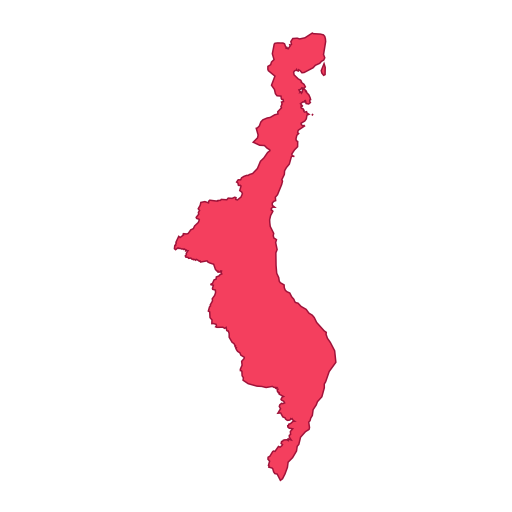 Buleleng, Bali, Indonesia, rotated 91°
{"feature_id": "22746128B19337828575841", "entity_name": "Buleleng", "entity_type": "district", "adm_level": 2, "iso_a3": "IDN", "parent_name": "Indonesia", "parent_adm1": "Bali", "projection": "natural_earth1", "projection_center": [114.942, -8.222], "detail": "fine", "context": "isolated", "style": "filled", "palette": "rose", "viewbox_px": 512, "rotation_deg": 91, "n_neighbors": 0, "source": "geoboundaries", "source_scale": "gbopen_adm2", "svg_char_len": 6075}
<svg xmlns="http://www.w3.org/2000/svg" viewBox="0 0 512 512"><g transform="rotate(91 256 256)"><path d="M380.4,266.8L383.8,261.6L386.1,252.8L386.3,248.0L387.3,243.6L386.1,237.4L387.0,235.8L387.2,232.9L388.1,233.7L388.8,231.7L389.7,232.4L391.0,232.2L392.2,231.3L391.9,231.0L392.4,230.3L393.7,230.4L396.0,226.0L396.6,227.3L398.8,228.5L399.6,228.0L400.7,225.8L402.4,224.8L403.2,226.7L402.8,227.8L404.4,229.6L406.0,230.1L408.3,228.8L412.8,231.4L412.5,228.6L416.4,226.4L417.4,224.0L418.5,223.6L419.8,221.8L419.6,219.9L419.0,218.7L418.0,218.4L418.4,217.6L418.0,217.1L419.7,216.0L420.5,214.6L420.7,216.1L423.0,218.6L423.6,220.3L425.0,220.6L425.1,221.3L426.4,221.2L427.6,219.8L428.1,216.3L430.9,218.6L433.8,218.3L434.8,219.6L436.6,219.5L439.3,217.6L438.6,220.3L437.7,220.9L439.9,220.6L439.2,222.0L439.4,224.5L439.8,225.6L440.9,226.3L441.0,227.2L443.0,227.6L444.1,226.2L445.1,226.7L446.7,228.5L446.0,230.2L451.0,233.6L450.7,235.1L451.3,235.9L455.9,238.6L457.0,240.4L459.0,240.5L460.9,238.8L465.2,239.9L465.7,239.3L466.9,239.5L467.7,236.3L468.5,235.5L471.5,234.6L473.2,233.4L473.7,231.0L479.9,227.7L478.3,225.6L473.4,223.2L466.8,220.9L461.6,220.3L457.0,215.9L450.3,212.1L445.6,211.5L443.6,209.9L436.4,208.3L430.8,203.5L428.4,199.9L426.6,199.5L421.2,200.4L419.7,199.1L417.0,198.4L414.5,196.9L408.6,196.2L403.9,193.2L400.6,192.0L395.6,187.7L386.6,185.4L382.8,185.5L380.6,184.2L370.2,180.8L360.9,174.3L349.4,175.7L341.1,180.2L337.1,183.1L333.1,184.6L331.1,184.4L329.7,186.5L321.4,194.2L316.5,196.7L314.2,198.7L312.2,202.1L308.5,204.9L305.6,210.1L302.4,213.2L302.0,215.2L301.1,216.4L298.6,217.4L296.2,219.6L292.4,221.6L291.1,224.6L289.6,226.2L287.1,227.2L284.4,227.4L282.3,231.2L280.8,232.3L277.2,232.9L272.9,235.0L265.0,235.8L252.4,236.2L249.2,235.0L242.2,236.6L239.3,235.8L237.6,238.5L235.4,239.1L233.1,238.7L226.2,242.3L222.5,242.8L219.6,243.0L215.3,242.1L211.0,239.9L210.2,240.4L210.1,241.4L208.5,241.6L206.9,240.3L206.9,238.2L205.1,240.5L202.8,240.7L201.0,239.1L200.3,237.3L196.9,237.7L194.4,235.6L184.1,231.6L180.7,230.8L179.2,231.5L174.0,229.1L170.3,228.9L167.0,227.1L163.5,224.3L156.2,222.4L155.5,221.4L155.9,219.4L154.8,221.6L153.4,222.0L149.3,219.4L146.0,216.3L140.8,216.3L140.0,217.6L138.4,218.1L134.6,217.3L132.8,215.5L132.0,216.5L130.6,216.3L129.5,215.9L125.2,209.8L124.6,210.3L125.1,211.0L124.8,212.0L123.3,213.2L122.4,213.2L120.2,209.6L118.0,208.1L114.2,207.5L113.4,205.5L112.0,207.7L110.8,208.0L111.3,209.7L110.9,210.4L109.9,210.9L109.6,210.5L107.9,211.6L107.6,213.0L106.8,213.6L105.2,213.4L105.6,212.5L105.1,212.2L103.0,214.2L101.0,211.7L101.3,210.6L99.9,210.0L99.7,209.3L102.7,208.6L103.1,206.0L101.6,204.3L100.5,205.0L99.1,205.0L98.7,204.1L96.7,204.7L93.9,206.0L91.6,208.3L90.8,208.4L90.7,209.2L89.9,208.9L88.7,210.3L88.6,212.4L91.1,212.5L92.5,213.4L91.5,214.1L91.7,214.8L90.9,214.3L90.5,215.3L89.1,216.0L88.6,214.3L87.0,213.1L87.4,210.8L86.0,209.6L83.5,211.0L81.5,213.8L80.7,213.6L79.4,214.5L78.2,216.9L74.2,221.1L71.5,221.6L70.0,220.5L69.6,219.0L69.0,218.8L69.8,218.4L70.3,217.0L69.0,216.8L69.9,215.1L72.0,213.3L71.7,211.1L66.8,202.2L64.3,200.0L62.2,195.6L60.3,194.0L58.9,191.7L56.6,190.7L53.4,192.0L40.4,190.1L37.6,190.4L35.2,191.1L33.7,192.5L33.0,195.5L32.7,202.6L32.1,203.6L37.0,210.9L38.2,216.2L37.5,218.6L37.9,223.0L41.0,224.9L43.7,224.2L44.5,225.0L44.3,225.9L45.5,225.5L47.9,227.3L48.9,227.3L47.8,227.7L47.8,229.0L47.3,228.5L46.7,228.9L46.6,229.9L43.3,231.2L42.6,232.7L42.6,238.3L43.0,240.8L43.9,241.5L53.5,243.2L59.3,241.4L61.8,243.9L64.5,244.7L66.2,247.4L69.1,247.4L70.5,246.9L75.8,240.2L85.0,243.5L89.1,240.5L93.4,239.4L95.4,237.8L95.7,233.8L98.1,233.5L98.9,233.0L99.0,231.7L101.1,231.2L101.6,233.2L103.6,232.6L106.2,233.7L107.4,233.1L111.4,236.8L113.6,236.5L114.5,239.8L117.2,244.2L117.8,247.2L119.7,251.5L121.9,253.5L125.9,254.9L127.9,256.8L128.3,258.0L135.0,256.0L137.8,256.5L142.3,260.8L145.2,254.3L145.4,249.5L147.9,246.9L149.6,244.1L150.5,243.9L152.3,246.2L157.8,249.8L161.2,253.2L168.5,256.1L173.6,260.8L174.7,264.1L175.6,265.3L175.5,266.6L176.6,269.5L178.1,271.8L180.1,272.7L180.1,275.1L182.4,276.7L183.4,275.3L185.5,274.9L185.9,274.1L185.5,273.1L186.3,272.2L190.9,273.4L192.3,271.4L194.0,270.7L197.3,272.0L200.3,275.6L199.8,277.3L198.0,277.0L197.6,278.3L198.8,280.9L198.6,284.8L200.3,286.2L200.0,291.7L201.0,292.5L201.1,294.4L201.7,295.1L201.3,295.5L201.8,296.2L201.0,303.2L202.0,304.2L203.7,304.4L202.5,308.1L203.4,312.1L206.3,312.7L209.8,314.6L211.5,313.2L213.4,314.4L215.2,314.0L218.4,316.5L219.5,316.0L220.2,313.7L220.8,313.3L223.5,314.3L227.0,317.9L229.7,319.1L231.0,321.7L234.7,324.2L235.2,326.0L234.9,328.8L235.4,329.3L236.3,328.9L238.8,332.2L237.7,333.6L243.7,336.3L244.4,335.9L246.1,336.8L246.5,336.5L247.1,337.4L250.1,337.7L251.1,336.5L249.2,334.1L249.9,333.1L249.6,332.3L250.4,330.1L250.1,329.2L250.8,328.2L250.3,327.7L251.2,326.2L251.9,326.3L251.4,325.5L252.1,325.1L252.0,324.2L254.7,325.8L255.9,325.6L257.1,326.7L258.3,326.2L258.6,324.0L259.5,323.3L259.2,321.1L260.3,320.0L260.3,318.7L260.8,318.5L260.5,317.6L261.3,316.2L260.4,315.7L260.7,314.8L262.2,312.6L261.9,311.9L263.0,311.3L261.7,304.9L262.8,304.1L263.7,302.3L265.0,298.2L270.2,296.3L271.8,294.7L271.8,293.8L272.8,293.7L272.6,291.3L271.6,291.1L271.6,290.2L273.7,290.5L274.5,289.9L275.6,292.0L276.6,292.7L277.6,295.3L279.8,295.5L280.6,297.5L284.1,299.0L285.0,300.6L285.5,300.5L286.0,298.1L289.1,299.0L290.1,298.7L290.8,296.0L293.5,295.8L296.2,296.7L299.5,299.0L301.7,298.7L305.7,300.9L306.7,300.6L307.7,301.6L311.9,302.7L312.7,301.3L318.4,300.9L320.7,298.9L324.4,299.0L324.3,297.2L325.0,294.7L326.5,294.3L327.5,295.1L328.0,293.9L327.8,287.9L328.9,286.1L327.9,284.6L330.9,284.0L331.5,283.3L331.5,282.4L334.0,281.5L337.7,281.4L342.7,278.4L344.0,276.4L345.6,275.7L345.9,275.0L347.0,275.4L348.0,274.1L348.5,274.6L350.0,273.9L351.7,272.7L353.1,270.4L355.4,269.4L357.5,265.9L358.7,266.1L361.5,268.5L365.4,268.0L369.5,269.7L370.9,269.6L371.0,268.6L371.6,268.1L376.0,267.8L377.9,266.5L380.4,266.8ZM73.4,190.1L66.2,190.1L62.5,191.3L69.5,194.0L71.9,193.4L74.2,191.5L73.4,190.1ZM114.1,202.1L112.9,201.6L114.4,202.5L114.1,202.1Z" fill="#f43f5e" stroke="#9f1239" stroke-width="1.5"/></g></svg>